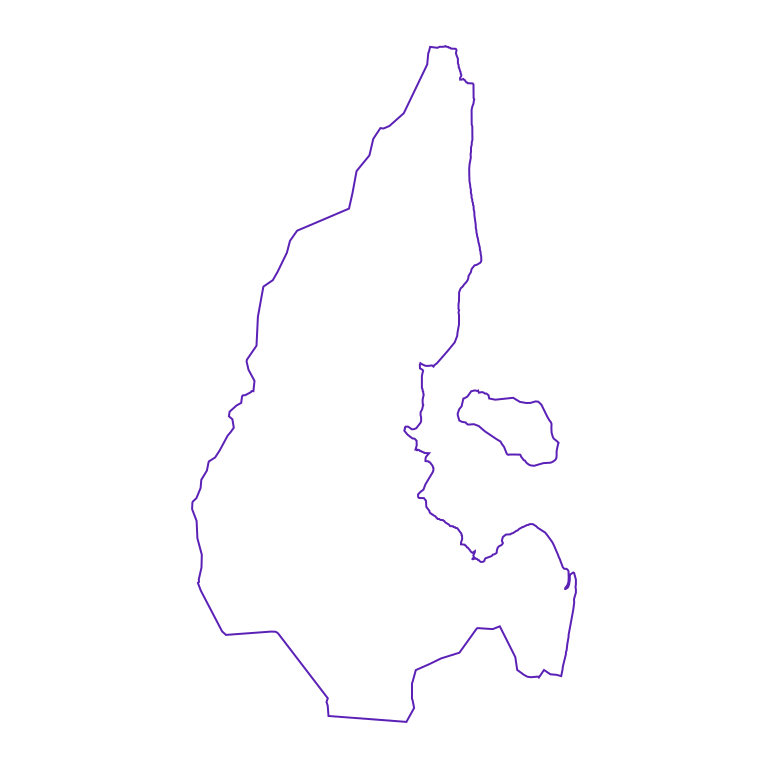 Lelu, Kosrae, Federated States of Micronesia
{"feature_id": "79324940B37039931365827", "entity_name": "Lelu", "entity_type": "district", "adm_level": 2, "iso_a3": "FSM", "parent_name": "Federated States of Micronesia", "parent_adm1": "Kosrae", "projection": "equal_earth", "projection_center": [163.023, 5.336], "detail": "fine", "context": "isolated", "style": "outline", "palette": "violet", "viewbox_px": 768, "rotation_deg": 0, "n_neighbors": 0, "source": "geoboundaries", "source_scale": "gbopen_adm2", "svg_char_len": 6082}
<svg xmlns="http://www.w3.org/2000/svg" viewBox="0 0 768 768"><path d="M561.2,676.1L562.5,669.7L562.9,666.4L565.9,654.1L565.9,652.3L566.6,650.4L567.3,644.1L568.6,636.7L568.6,634.9L573.2,610.1L574.2,602.7L574.0,599.1L575.9,592.6L575.9,589.1L575.5,587.5L575.9,584.1L575.9,579.6L574.1,572.9L573.2,572.5L570.3,574.5L569.8,575.8L569.8,579.8L569.1,584.4L568.3,586.6L567.6,587.7L565.6,589.0L565.2,589.0L565.2,588.1L567.6,584.8L568.5,581.7L568.7,577.4L568.5,571.2L567.9,570.1L567.0,569.2L566.1,568.8L564.2,568.8L562.8,567.2L559.6,558.6L558.7,557.1L558.5,556.0L553.9,545.3L552.2,542.0L547.5,535.5L545.2,532.6L537.6,527.7L536.3,526.3L532.8,524.1L529.6,524.1L528.2,525.0L526.9,525.1L523.4,526.9L522.0,527.2L521.4,527.8L519.3,528.8L517.5,530.5L516.4,530.8L513.2,533.0L511.2,533.6L510.5,534.3L505.8,534.6L502.9,537.0L501.9,540.4L502.1,541.6L502.8,542.5L502.8,543.4L501.7,544.9L499.0,546.3L497.7,547.7L496.8,550.8L496.7,552.6L496.3,553.2L494.3,554.3L492.9,554.6L491.6,556.1L485.5,558.3L484.8,559.3L484.3,560.9L483.7,561.4L482.8,561.9L480.7,561.9L479.4,560.9L478.8,560.1L478.0,560.0L477.4,559.2L476.1,558.9L475.8,558.4L475.3,558.2L473.3,559.2L472.5,559.2L472.4,559.0L474.0,557.0L473.3,555.5L474.8,552.2L474.9,551.2L472.4,552.8L471.0,551.8L469.4,549.5L467.7,547.6L466.9,547.3L466.0,545.8L465.0,545.3L464.7,544.7L461.0,544.3L461.0,542.7L462.2,539.0L462.0,535.5L461.6,535.2L461.4,533.7L457.3,528.2L455.5,527.9L455.2,527.3L453.5,527.0L453.2,526.4L452.6,526.2L450.1,526.1L449.1,524.7L445.3,522.4L444.3,521.0L443.3,520.6L443.0,520.1L440.4,519.9L439.2,519.0L437.7,519.0L437.1,518.1L436.5,517.9L435.5,516.4L433.1,515.1L432.8,514.6L431.7,514.2L431.4,513.7L430.4,513.3L429.7,512.4L429.4,510.9L426.3,506.9L426.0,500.9L423.9,498.1L419.3,498.0L418.8,497.8L418.1,496.9L418.1,494.3L420.7,491.7L423.4,489.7L425.5,484.2L432.7,472.2L433.4,470.4L433.4,467.8L433.0,467.5L432.7,466.0L430.0,462.4L428.9,462.0L428.6,461.4L428.1,461.3L425.5,461.1L425.5,458.5L426.1,456.7L429.1,453.2L424.6,453.0L424.1,452.8L423.8,452.3L422.1,451.9L421.8,451.4L420.0,451.0L419.8,450.5L418.4,449.8L417.2,450.3L416.6,450.1L416.5,449.4L415.5,449.5L416.7,445.5L416.6,440.8L414.6,438.7L412.4,438.4L407.5,434.6L404.3,430.7L405.1,428.1L404.9,428.1L405.1,427.2L405.8,426.6L408.2,426.7L411.9,429.3L413.9,429.2L416.3,428.2L420.5,422.8L421.1,421.2L421.1,417.1L420.6,415.4L420.6,412.6L420.8,411.7L421.9,409.9L422.5,408.0L422.8,406.2L423.2,405.3L423.2,404.5L422.8,404.2L422.7,403.4L422.6,399.8L423.7,394.5L423.4,394.1L423.2,391.7L422.8,391.3L422.5,389.0L422.1,388.6L421.9,387.9L421.9,375.9L423.1,370.6L422.4,369.7L420.0,368.4L419.8,365.0L420.4,363.2L421.7,364.1L425.4,365.8L428.4,365.9L431.9,365.4L433.5,366.6L434.2,365.3L436.9,363.3L447.8,350.8L454.7,342.4L457.2,335.9L457.5,332.7L459.0,324.4L459.0,314.7L458.5,312.6L459.1,310.0L458.7,309.6L458.5,308.9L458.5,304.3L459.0,301.0L459.1,292.4L460.5,288.7L461.2,287.8L462.6,286.7L464.0,284.6L466.2,282.2L467.5,280.4L468.2,278.6L468.6,275.9L470.9,272.1L471.5,269.4L472.0,268.5L474.6,265.3L476.6,264.9L480.2,262.8L480.9,261.8L481.3,260.6L481.2,256.5L480.6,253.7L480.5,251.5L480.0,250.4L479.8,247.4L479.3,245.8L479.0,243.8L478.6,243.0L477.7,237.7L477.2,236.6L477.0,234.6L476.5,232.7L476.3,230.0L475.8,228.1L475.7,224.4L474.4,215.3L474.3,211.6L473.7,209.8L473.6,206.1L473.1,205.2L472.9,202.8L472.3,201.5L472.2,199.3L471.6,197.9L471.5,194.7L470.9,193.3L470.9,189.6L470.2,186.9L470.2,185.1L469.5,181.4L469.3,176.0L469.2,168.7L469.5,164.8L470.8,157.6L470.6,153.8L471.0,152.1L471.0,147.5L471.7,144.8L471.8,142.0L472.4,140.2L472.3,126.4L471.7,124.6L471.6,109.9L472.4,106.3L473.5,103.5L473.8,100.8L474.2,99.9L474.2,99.1L473.8,98.8L473.6,98.0L473.5,84.5L472.8,83.5L472.2,83.4L467.6,83.2L467.3,82.6L466.3,82.3L464.6,79.9L463.5,79.5L463.3,79.0L461.4,79.7L460.1,79.6L460.1,77.9L461.2,76.1L461.3,75.2L461.2,74.4L460.8,74.1L460.5,71.7L460.1,71.3L459.2,68.0L458.8,67.7L458.6,65.1L457.9,63.3L457.9,58.7L456.7,55.8L455.9,53.1L456.5,50.4L456.4,49.7L455.7,48.8L451.1,48.6L450.6,48.4L450.3,47.9L448.5,47.5L448.3,47.0L445.8,46.6L445.5,46.1L443.6,46.8L439.6,46.8L437.5,47.8L430.1,46.9L428.9,51.9L428.3,52.9L427.2,64.5L403.8,113.2L389.4,126.0L383.5,128.5L380.4,128.1L373.3,138.8L369.4,155.4L356.6,171.0L352.5,193.0L349.0,208.6L297.1,230.7L290.0,240.8L286.9,252.7L277.5,272.0L272.8,280.2L263.7,286.4L263.3,287.0L257.9,316.8L256.5,345.7L246.9,359.7L246.6,361.6L248.5,369.7L254.5,380.9L253.4,391.2L251.6,391.1L250.9,392.2L245.2,395.2L242.8,395.4L242.4,395.8L242.0,396.7L241.2,402.9L236.5,405.5L229.6,411.7L228.9,416.3L232.4,419.3L233.8,427.7L230.6,432.2L227.6,435.7L219.7,450.4L215.1,457.5L208.9,461.4L208.6,462.1L206.9,470.6L201.3,479.8L200.6,488.0L196.4,498.2L192.9,501.5L192.4,502.6L192.1,509.1L196.6,521.0L197.4,538.3L201.8,554.7L201.5,567.5L198.8,579.3L199.0,581.9L197.9,582.9L200.8,590.6L222.1,631.4L226.0,634.9L270.9,631.6L275.2,631.7L276.7,632.3L278.1,633.4L327.8,698.3L326.5,701.9L327.7,705.6L328.5,716.0L406.4,721.9L414.1,708.0L412.6,700.2L412.0,698.9L412.0,683.3L412.6,681.8L415.8,670.1L429.6,664.0L441.1,658.4L459.4,652.7L476.7,628.6L477.5,628.1L492.8,629.1L499.8,626.3L515.3,657.1L517.2,669.9L524.0,674.9L527.6,676.8L531.1,677.2L538.1,676.6L538.9,677.5L544.0,670.0L550.4,674.3L556.4,674.8L561.2,676.1ZM556.3,458.3L556.6,455.8L556.6,451.6L557.0,449.0L558.2,443.6L558.6,442.9L556.9,441.1L553.8,438.7L552.9,437.2L551.6,432.7L551.4,428.3L551.5,423.9L550.9,422.2L549.5,420.5L547.4,416.9L541.4,404.7L538.3,401.7L535.6,401.4L530.5,402.9L526.4,403.0L519.9,401.9L513.2,397.8L495.3,399.7L489.2,398.5L488.5,395.2L486.5,393.6L484.7,393.5L483.5,392.5L481.8,392.1L478.9,392.7L478.1,390.7L477.7,391.1L475.0,390.4L471.3,391.2L467.4,396.6L464.2,398.4L463.4,398.5L461.6,406.3L459.2,409.2L457.7,413.6L457.8,415.4L459.3,420.5L461.9,421.8L465.8,422.5L466.5,423.6L468.1,424.6L473.9,424.2L478.7,426.0L485.0,431.4L496.6,439.2L500.3,441.4L501.0,442.2L501.5,443.5L504.1,447.0L506.8,453.8L507.5,454.5L508.7,454.8L509.8,454.5L519.9,454.6L520.6,455.2L521.0,456.5L523.7,460.1L524.8,460.5L526.5,462.8L528.8,464.6L530.7,465.4L534.1,465.8L543.5,463.1L550.5,462.7L552.5,461.9L555.1,460.1L556.3,458.3Z" fill="none" stroke="#5b21b6" stroke-width="2"/></svg>